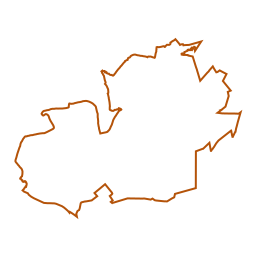 Amatán, Chiapas, Mexico (orthographic projection), rotated 270°
{"feature_id": "50627088B28872872188545", "entity_name": "Amatán", "entity_type": "district", "adm_level": 2, "iso_a3": "MEX", "parent_name": "Mexico", "parent_adm1": "Chiapas", "projection": "orthographic", "projection_center": [-92.839, 17.389], "detail": "fine", "context": "isolated", "style": "outline", "palette": "amber", "viewbox_px": 256, "rotation_deg": 270, "n_neighbors": 0, "source": "geoboundaries", "source_scale": "gbopen_adm2", "svg_char_len": 5788}
<svg xmlns="http://www.w3.org/2000/svg" viewBox="0 0 256 256"><g transform="rotate(270 128 128)"><path d="M67.9,195.8L104.7,195.9L107.2,202.7L107.2,203.1L113.2,209.4L104.4,211.0L105.8,211.3L106.5,212.2L107.7,213.0L109.2,214.1L111.2,215.3L112.8,216.3L115.5,218.5L125.4,231.1L125.0,231.3L123.3,231.5L122.1,231.9L121.2,231.9L119.6,232.4L118.4,232.5L119.4,232.9L124.3,235.3L124.3,235.5L127.5,236.1L129.6,236.7L134.3,237.9L143.7,240.6L142.3,238.7L142.5,233.3L142.5,231.5L142.5,227.7L142.6,222.2L143.2,217.6L145.9,221.2L146.0,221.0L146.2,221.5L149.4,225.5L160.0,228.7L164.1,227.8L165.4,230.7L175.0,222.9L182.0,226.5L184.1,222.4L185.6,219.7L184.0,217.5L183.7,216.3L187.4,214.0L189.6,212.8L187.3,210.8L185.7,209.4L184.5,208.6L183.4,207.4L175.2,200.2L183.6,197.7L185.2,197.2L186.4,196.9L189.2,195.9L199.5,192.7L200.4,188.4L200.7,188.4L201.0,187.6L201.1,182.9L201.3,182.6L201.4,181.7L202.3,181.6L202.6,182.2L202.0,182.8L201.8,183.9L201.8,184.4L203.7,184.2L204.0,184.6L204.0,184.9L204.3,185.4L204.8,186.4L205.1,187.3L205.3,187.5L206.1,187.6L206.4,188.3L205.8,189.0L206.0,190.0L205.9,190.5L206.7,190.9L207.1,190.6L208.5,192.0L208.4,192.3L207.6,192.1L206.4,191.4L206.2,191.4L205.9,192.0L207.8,193.3L209.2,194.1L209.0,194.8L208.7,195.0L207.6,195.7L206.6,195.0L206.3,194.8L205.1,195.0L214.5,201.2L211.1,189.1L210.9,184.7L210.7,183.4L211.8,182.9L211.6,181.0L211.1,180.0L212.3,179.2L215.2,176.8L216.8,175.4L215.8,174.3L215.5,173.7L214.6,172.1L214.1,171.5L213.4,170.4L212.8,170.5L212.1,170.4L211.6,170.0L211.1,169.1L211.1,168.7L211.2,168.0L211.2,166.9L210.5,166.2L209.9,165.5L209.2,165.1L209.1,164.6L209.8,163.9L209.7,163.0L209.2,161.2L208.8,158.9L208.9,158.1L209.0,157.3L208.8,156.6L207.0,156.4L206.6,156.5L205.9,156.3L204.5,156.3L202.8,155.7L201.2,155.4L200.6,155.3L199.8,155.2L199.3,155.0L198.6,154.9L198.2,154.6L198.8,152.5L199.4,150.9L199.5,150.2L199.4,149.4L199.5,148.8L199.5,148.3L199.1,147.7L198.8,147.5L199.3,146.2L199.6,144.9L199.8,143.2L200.1,142.2L200.2,140.3L200.6,138.9L200.7,137.8L200.9,137.0L201.4,135.3L201.4,134.3L201.2,133.3L200.8,132.3L200.3,131.3L199.9,130.7L199.3,130.4L198.6,129.8L198.4,129.5L198.4,129.0L198.0,128.2L197.6,127.9L196.7,127.8L196.1,127.6L195.8,126.5L195.3,125.8L194.9,125.0L194.4,125.0L193.4,123.9L191.2,122.1L190.5,121.6L189.5,120.5L188.8,120.1L188.3,119.7L186.6,118.1L184.0,116.1L182.6,115.2L181.9,114.5L181.1,114.0L180.4,113.2L180.4,112.8L180.6,112.3L181.1,111.8L181.0,110.9L181.2,110.1L181.5,109.6L182.3,108.9L182.2,108.4L182.4,107.9L182.6,107.2L183.3,106.0L183.8,106.4L184.4,105.6L183.9,104.8L185.0,104.3L184.9,102.9L185.4,102.4L185.1,102.1L184.8,101.6L184.6,101.5L184.4,101.9L183.8,102.1L183.2,102.0L182.4,102.7L181.5,103.0L180.2,103.9L175.9,104.8L173.7,105.6L172.6,105.4L172.1,105.0L170.6,106.3L169.9,106.7L166.7,108.1L164.3,108.3L163.1,108.3L162.5,107.7L161.8,108.0L160.8,108.2L158.1,108.8L157.3,108.8L156.6,109.0L153.8,109.5L150.8,109.8L149.4,109.9L149.0,109.7L148.0,109.8L147.3,109.7L146.7,109.7L146.2,109.9L145.8,110.6L145.7,111.1L145.4,111.4L145.2,112.0L145.1,113.2L145.4,113.8L146.1,114.6L146.1,115.8L146.6,116.8L146.7,117.5L146.5,118.1L147.8,118.8L147.6,119.6L146.9,121.0L146.4,121.3L146.1,121.0L145.6,120.0L145.1,119.1L144.7,118.7L143.5,118.0L142.3,117.1L139.9,115.6L139.6,115.3L138.5,114.6L137.9,114.3L136.7,113.6L136.3,113.4L135.5,113.1L133.5,112.5L131.3,111.8L128.9,110.6L128.3,110.4L126.6,109.6L125.5,108.7L124.7,107.8L124.2,107.5L123.7,106.0L123.4,104.5L123.0,102.6L122.5,100.3L127.4,99.0L127.9,99.0L128.6,98.9L129.1,98.8L129.7,98.6L130.5,98.5L132.8,98.1L134.5,98.2L136.7,98.0L137.7,97.9L138.7,97.7L142.2,97.7L144.1,97.0L149.4,95.8L150.5,94.9L150.7,94.6L151.7,93.6L152.5,92.7L153.4,91.2L153.7,90.5L154.1,89.7L154.5,88.7L155.0,86.9L155.1,86.0L155.0,84.6L154.8,82.9L154.3,81.6L153.9,79.7L153.7,78.1L153.3,76.6L152.8,74.5L152.6,74.0L152.4,73.5L152.2,71.5L152.2,71.1L152.5,69.4L151.9,69.0L148.8,68.7L148.4,68.1L147.9,66.0L147.5,62.5L147.5,59.7L147.4,58.0L147.5,56.6L147.4,55.4L147.2,54.2L147.2,52.4L146.8,50.5L146.4,49.8L146.0,48.6L145.8,47.0L145.3,45.1L145.1,44.0L144.9,43.6L144.3,42.8L142.9,41.9L142.2,41.6L141.0,42.4L140.5,43.1L140.5,43.4L140.8,44.0L141.2,44.5L141.9,45.6L141.9,46.0L141.8,46.4L141.5,47.1L140.7,48.1L140.3,48.4L139.2,48.9L138.1,49.2L137.5,49.4L135.2,50.5L130.6,53.3L129.7,53.6L129.2,53.8L128.5,53.9L128.1,53.9L127.3,53.3L126.8,52.5L124.2,47.4L122.9,44.6L122.8,43.9L122.8,42.7L122.5,40.0L122.3,38.9L122.2,38.4L122.0,37.2L121.7,36.1L121.3,34.0L120.9,32.6L120.8,31.0L120.5,29.6L120.2,28.9L120.1,27.8L119.6,26.6L119.7,26.0L119.6,25.5L119.3,24.8L118.3,24.1L117.2,23.2L114.5,21.8L113.7,21.1L112.0,20.5L109.7,20.1L108.6,19.5L103.3,17.7L101.7,17.2L98.6,16.4L96.2,15.6L94.9,15.4L94.1,15.7L93.2,16.4L92.2,17.3L91.3,17.9L90.3,18.9L89.1,19.7L87.4,21.4L86.5,21.9L85.4,22.3L84.5,22.5L81.9,22.4L80.3,22.1L79.7,22.0L79.3,21.4L78.8,21.1L78.3,20.6L77.5,20.2L77.3,20.2L77.1,20.7L76.7,21.3L76.4,21.5L76.0,21.6L75.9,21.8L75.8,22.3L75.7,22.4L74.9,22.4L74.6,22.5L74.3,22.9L74.1,23.3L74.2,23.6L74.7,24.2L74.9,24.6L74.9,25.0L74.6,25.5L74.2,25.8L74.0,25.5L73.8,25.5L73.4,26.2L73.1,26.3L72.9,26.5L72.3,26.7L71.2,26.6L69.3,26.1L69.5,25.6L68.8,25.3L68.6,25.0L68.4,24.7L67.5,24.3L65.6,22.6L65.2,23.1L64.9,23.5L64.7,23.6L64.4,24.0L62.7,27.9L61.3,28.7L59.3,31.2L57.7,34.0L53.1,43.9L52.8,47.6L52.8,49.7L52.6,54.5L52.2,56.2L49.8,62.0L48.4,64.1L46.8,66.0L44.9,68.1L43.2,69.5L44.1,69.9L42.7,72.1L41.1,74.4L39.2,76.9L42.2,76.3L45.0,77.5L46.0,79.1L47.6,79.7L52.7,80.7L53.6,81.4L54.6,85.2L54.5,85.5L55.6,91.7L55.7,91.8L59.8,97.2L63.0,94.5L67.2,99.6L71.8,105.1L63.4,111.9L62.3,112.3L61.6,111.8L60.0,109.8L55.6,112.7L54.1,110.8L53.0,112.1L53.2,112.3L53.2,113.0L57.6,127.5L57.4,142.3L57.5,144.3L56.4,150.7L57.4,152.5L55.8,154.7L55.5,156.1L54.7,164.0L54.6,167.1L57.5,171.8L58.7,174.2L62.1,175.0L67.8,195.5L67.9,195.8Z" fill="none" stroke="#b45309" stroke-width="2"/></g></svg>